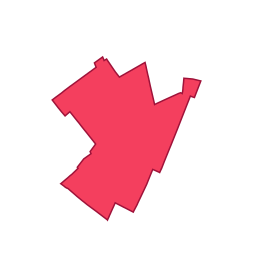 Florica, Buzau, Romania, rotated 327°
{"feature_id": "2599482B16084496904113", "entity_name": "Florica", "entity_type": "district", "adm_level": 2, "iso_a3": "ROU", "parent_name": "Romania", "parent_adm1": "Buzau", "projection": "orthographic", "projection_center": [26.758, 44.911], "detail": "fine", "context": "isolated", "style": "filled", "palette": "rose", "viewbox_px": 256, "rotation_deg": 327, "n_neighbors": 0, "source": "geoboundaries", "source_scale": "gbopen_adm2", "svg_char_len": 2033}
<svg xmlns="http://www.w3.org/2000/svg" viewBox="0 0 256 256"><g transform="rotate(327 128 128)"><path d="M133.9,180.4L140.0,176.0L141.7,174.8L153.6,166.5L153.8,166.4L169.0,155.7L172.9,152.9L189.4,141.1L197.7,135.2L198.9,136.9L199.1,137.1L199.6,137.7L200.3,138.6L214.7,128.2L209.0,122.2L203.8,118.1L202.7,117.3L202.0,116.7L201.6,117.3L201.1,117.8L200.2,119.0L199.5,119.9L198.6,121.0L196.4,123.7L195.1,125.5L194.2,126.5L193.9,127.0L192.7,128.1L192.2,128.6L191.7,127.6L191.5,127.4L191.3,127.1L190.9,127.0L189.2,126.6L188.6,126.5L187.9,126.4L186.5,126.2L180.6,125.3L172.5,124.1L165.6,123.1L163.1,122.8L169.6,104.8L173.2,95.4L173.2,95.2L173.6,94.1L176.2,87.2L176.3,87.1L178.0,82.3L176.4,82.2L176.0,82.2L175.3,82.1L172.8,82.0L148.5,80.6L147.9,73.9L147.6,60.4L147.6,58.8L147.6,58.5L144.7,58.4L145.1,56.6L145.4,54.6L135.3,55.1L135.1,56.0L134.3,59.8L133.3,59.8L117.3,60.7L103.3,61.5L102.4,61.5L101.3,61.6L95.3,62.0L94.2,62.1L91.8,62.4L85.3,62.8L84.8,62.8L83.4,62.9L82.2,63.0L79.7,63.2L80.5,73.0L81.1,78.5L81.8,83.6L88.1,82.7L88.5,86.3L89.0,91.6L89.4,95.6L89.5,96.0L89.7,98.3L89.9,101.0L90.4,106.2L90.8,109.9L91.2,114.2L91.6,118.2L92.1,123.7L92.1,123.8L89.1,125.0L86.6,125.9L85.1,126.5L83.4,127.1L83.0,129.4L76.9,129.7L74.1,129.8L64.1,133.3L64.1,134.6L61.7,135.1L61.3,135.2L58.6,135.7L55.5,136.3L53.8,136.4L50.0,137.0L46.6,137.4L44.4,137.7L43.1,137.9L42.2,138.0L41.3,138.1L41.4,138.3L41.6,139.0L41.9,139.7L42.1,140.3L42.2,140.6L42.6,141.6L42.9,142.7L43.3,143.8L43.8,144.8L44.7,146.1L46.1,151.0L47.5,155.8L47.9,157.3L50.0,164.0L50.6,165.7L52.0,170.0L55.9,180.4L60.7,193.9L60.7,194.0L61.2,193.7L61.7,193.3L62.6,192.8L63.7,192.1L65.1,191.1L66.6,190.2L67.6,189.5L70.4,187.7L71.0,187.3L72.3,186.5L76.5,183.8L80.6,190.9L80.7,191.1L81.0,191.7L81.7,192.8L83.2,195.4L84.5,197.7L86.0,200.3L86.6,201.4L87.4,200.9L94.0,197.2L95.3,196.3L96.3,195.7L97.9,194.7L100.2,193.3L113.0,185.4L117.1,182.5L120.8,179.9L126.2,176.2L129.8,181.7L130.2,182.4L130.3,182.6L132.8,181.0L133.8,180.3L133.9,180.4Z" fill="#f43f5e" stroke="#9f1239" stroke-width="1.5"/></g></svg>